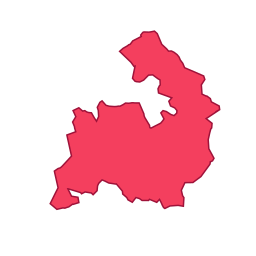 Pankshin, Plateau, Nigeria (Albers equal-area conic projection), rotated 256°
{"feature_id": "59680162B11957186029310", "entity_name": "Pankshin", "entity_type": "district", "adm_level": 2, "iso_a3": "NGA", "parent_name": "Nigeria", "parent_adm1": "Plateau", "projection": "albers", "projection_center": [9.454, 9.312], "detail": "fine", "context": "isolated", "style": "filled", "palette": "rose", "viewbox_px": 256, "rotation_deg": 256, "n_neighbors": 0, "source": "geoboundaries", "source_scale": "gbopen_adm2", "svg_char_len": 2301}
<svg xmlns="http://www.w3.org/2000/svg" viewBox="0 0 256 256"><g transform="rotate(256 128 128)"><path d="M73.4,34.2L66.3,39.3L66.2,45.5L65.5,47.4L65.7,49.2L65.8,51.5L67.5,55.8L67.2,56.3L67.5,62.3L72.9,62.7L75.5,56.7L83.6,54.9L83.6,55.0L76.8,66.4L75.4,67.0L76.3,70.9L73.8,76.7L71.7,78.0L74.6,82.8L79.3,84.5L81.4,86.2L83.9,90.3L82.2,92.6L79.3,96.0L76.5,102.7L76.5,103.2L68.1,107.3L65.2,106.9L60.8,110.0L58.3,110.6L54.9,114.2L58.6,118.9L56.8,122.0L54.3,124.1L52.7,130.4L53.6,131.6L48.9,137.9L51.1,141.3L47.8,142.1L44.3,142.7L43.1,143.1L42.3,143.2L41.0,144.3L42.2,149.9L40.8,157.9L38.7,162.8L46.9,165.4L49.1,164.6L54.7,164.7L61.2,170.0L59.4,177.8L63.3,187.1L73.0,198.7L74.7,199.5L75.2,199.6L75.7,202.1L77.8,204.1L88.3,201.4L97.2,203.0L103.3,206.0L106.9,208.0L107.8,209.2L112.2,210.7L118.2,206.1L123.0,219.6L123.1,219.2L123.7,221.4L127.3,221.8L133.2,215.2L136.6,215.0L140.0,212.2L140.1,211.5L143.0,208.0L152.1,209.6L156.5,214.3L160.2,214.0L172.8,197.5L177.5,196.8L181.3,195.2L184.5,194.7L187.3,193.4L190.3,191.0L192.2,188.8L192.8,185.9L195.5,184.6L201.0,181.0L212.5,179.2L215.6,177.1L215.8,172.8L216.0,171.3L217.3,166.8L217.3,165.8L216.5,164.6L215.1,162.8L213.6,163.0L211.4,153.7L208.7,150.4L208.6,148.9L207.9,147.4L206.5,142.5L204.4,138.4L190.4,147.2L190.8,146.9L186.3,148.7L186.3,149.8L175.1,144.4L171.7,146.1L170.9,147.4L169.8,150.6L170.7,154.8L174.3,160.7L173.6,164.8L168.5,169.0L166.9,170.7L162.0,169.7L161.3,168.6L158.8,166.6L154.6,166.1L146.7,177.8L144.1,174.1L139.1,174.6L136.2,178.2L133.1,179.7L130.7,178.9L128.9,175.7L130.7,172.9L134.7,169.2L136.4,166.2L134.7,163.5L128.1,165.1L126.5,163.3L124.8,160.9L122.4,150.6L122.7,149.6L123.4,149.3L125.4,149.5L134.2,146.8L136.0,146.6L138.0,146.8L149.6,144.9L150.7,140.5L151.1,139.5L151.5,138.0L151.8,134.8L152.8,131.6L151.9,129.0L151.1,125.6L151.5,124.2L151.7,121.9L152.1,119.9L152.7,118.1L153.7,115.0L155.4,112.1L160.6,109.4L159.7,106.9L159.2,106.5L155.5,103.2L152.2,103.4L146.2,102.3L142.2,99.1L145.8,97.8L151.6,96.2L152.6,93.4L153.6,91.8L155.3,90.3L155.4,88.1L159.5,85.2L158.2,78.9L151.6,80.1L147.2,75.7L142.2,76.4L140.9,76.2L137.0,76.4L136.0,67.0L133.0,66.9L128.7,66.8L114.4,66.4L107.0,55.1L106.3,53.9L105.7,52.5L105.6,50.4L104.8,48.2L104.6,47.7L104.0,46.1L86.9,45.7L83.1,42.4L73.4,34.2Z" fill="#f43f5e" stroke="#9f1239" stroke-width="1.5"/></g></svg>